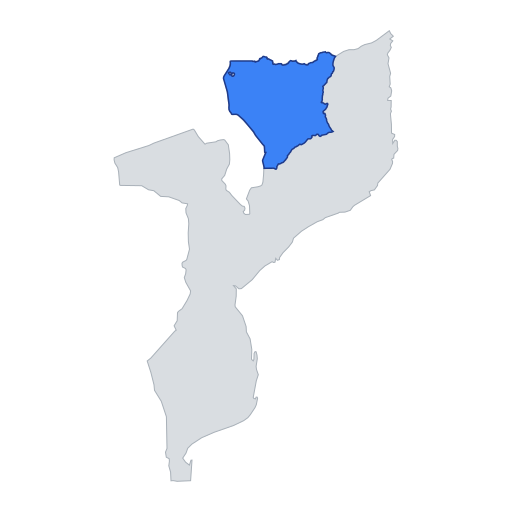 Niassa on a map of Mozambique (Albers equal-area conic projection)
{"feature_id": "MOZ-1199", "entity_name": "Niassa", "entity_type": "Province", "adm_level": 1, "iso_a3": "MOZ", "parent_name": "Mozambique", "parent_adm1": "", "projection": "albers", "projection_center": [37.064, -13.372], "detail": "fine", "context": "in_parent", "style": "filled", "palette": "blue", "viewbox_px": 512, "rotation_deg": 0, "n_neighbors": 0, "source": "natural_earth", "source_scale": "10m", "svg_char_len": 9234}
<svg xmlns="http://www.w3.org/2000/svg" viewBox="0 0 512 512"><path d="M147.2,361.0L150.8,358.1L174.7,331.2L176.2,330.2L174.1,325.8L177.2,320.7L177.5,312.7L178.4,311.4L182.1,308.7L187.1,300.4L190.2,293.9L190.6,290.9L185.8,282.3L184.3,277.6L185.7,273.6L186.1,269.8L185.5,268.5L182.5,267.0L182.1,265.3L182.0,263.3L182.6,262.2L186.1,260.4L186.8,259.4L189.5,249.2L188.4,241.6L188.2,232.8L188.8,223.8L188.4,218.7L186.0,212.8L185.8,208.5L187.3,205.5L187.6,203.8L182.1,202.9L179.2,200.5L168.7,196.8L160.7,196.4L153.8,190.7L148.6,189.8L141.7,185.7L120.5,185.4L119.7,185.0L118.6,171.9L117.7,167.6L114.9,163.1L114.1,159.9L114.2,157.8L125.9,152.7L148.9,145.5L153.9,143.1L193.1,129.1L194.3,129.9L198.3,136.6L205.0,144.2L206.6,143.2L216.0,141.8L217.4,140.8L220.3,140.0L223.6,139.6L224.7,140.0L228.3,144.8L229.6,153.7L229.8,159.8L229.4,164.1L226.7,169.1L224.7,175.4L221.7,178.9L221.8,180.5L225.3,184.2L226.0,185.8L225.8,189.1L226.4,190.4L229.4,192.3L231.7,195.4L240.3,204.4L242.4,206.1L244.2,206.4L245.0,208.2L244.6,210.3L243.2,211.5L243.8,213.2L245.4,214.5L249.3,214.3L249.8,213.7L249.5,205.7L248.1,201.0L246.4,198.9L249.7,190.2L251.4,187.8L257.8,186.8L260.7,185.9L262.0,184.9L262.9,182.1L263.6,174.4L263.9,167.2L263.2,163.0L264.1,156.6L265.5,152.6L264.8,151.8L264.2,146.5L248.0,125.2L238.8,115.7L237.3,114.7L232.2,114.0L229.5,110.5L227.1,91.4L223.6,77.5L228.8,68.3L230.5,62.4L231.6,61.5L236.1,61.1L252.2,61.2L256.1,61.7L257.9,61.1L262.1,57.5L265.5,57.5L270.2,59.8L272.7,61.8L273.1,63.5L276.2,64.5L282.0,64.7L286.2,63.8L288.8,61.8L291.6,60.7L294.5,60.6L296.6,61.3L298.1,62.8L300.9,63.9L305.1,64.5L309.7,63.6L314.7,61.0L317.5,58.2L319.0,53.7L320.0,53.1L327.0,52.7L330.7,53.6L335.5,56.4L343.7,51.4L349.0,49.7L354.0,49.7L358.1,48.6L361.3,46.2L364.7,44.6L371.6,42.9L376.3,40.4L389.3,30.7L390.7,33.6L393.3,36.2L389.8,39.0L392.8,40.9L390.6,43.6L390.3,45.5L391.3,47.4L389.8,50.5L387.9,52.9L387.3,54.7L389.0,57.9L388.0,63.7L390.6,73.3L389.7,76.5L390.2,84.1L389.2,86.8L390.8,87.8L391.7,90.8L390.8,96.0L388.0,98.2L387.6,100.4L391.2,100.5L391.1,107.1L390.6,109.0L391.4,111.2L390.4,113.7L391.4,124.3L391.5,131.9L391.6,133.2L394.7,134.5L394.6,136.6L392.6,139.4L392.7,143.5L394.9,140.2L396.2,140.3L397.3,141.6L397.3,146.2L397.9,148.5L397.6,150.5L394.0,154.3L393.7,158.1L392.3,158.5L391.7,159.4L392.6,161.6L392.5,163.4L390.0,169.3L377.8,183.1L377.5,185.5L374.4,189.9L371.1,190.6L369.2,191.7L370.6,195.6L354.5,205.3L352.9,206.7L350.3,210.3L345.0,212.1L339.3,212.3L338.3,213.1L325.4,217.6L322.8,219.7L317.3,221.7L308.6,226.6L301.5,231.2L293.5,238.2L292.4,242.0L288.7,246.9L283.0,252.7L279.6,257.5L279.4,259.6L277.4,260.3L275.7,258.3L275.0,262.2L273.6,262.5L272.1,261.7L265.0,265.9L259.7,270.6L252.2,279.7L241.4,288.6L238.9,288.8L235.4,285.8L233.5,285.6L236.3,288.9L236.2,296.2L235.0,304.9L235.2,306.8L242.5,315.8L246.1,326.5L246.4,331.9L250.1,338.9L251.8,349.5L251.5,359.3L253.2,360.9L253.9,359.4L254.1,353.3L255.1,351.6L256.1,351.8L257.0,355.2L257.3,358.7L256.1,366.4L256.5,369.5L258.3,374.7L256.3,380.8L253.2,397.5L253.9,398.5L255.5,398.9L256.1,397.1L257.1,397.1L257.6,398.2L256.3,404.7L255.0,407.6L250.3,414.7L247.8,417.7L243.6,420.7L233.8,425.4L214.1,432.3L201.7,437.7L191.9,444.1L187.7,448.3L186.0,453.1L182.7,458.1L185.6,462.2L189.4,465.1L191.0,460.2L192.0,460.1L190.6,480.7L177.1,481.3L173.2,480.6L171.0,480.8L170.6,472.2L168.8,465.8L169.4,461.2L169.2,458.7L166.3,457.2L165.5,452.2L167.0,448.4L166.4,416.7L161.3,401.3L154.5,390.3L154.0,384.8L150.9,372.5L147.2,361.0ZM232.4,76.1L234.1,75.3L234.3,73.7L233.2,72.9L232.3,73.1L231.8,75.6L232.4,76.1ZM231.2,73.2L229.9,72.1L228.9,72.4L228.5,73.4L229.6,74.7L230.7,74.7L231.2,73.2Z" fill="#d9dde1" stroke="#a8b0b8" stroke-width="1"/><path d="M325.3,51.8L325.5,52.2L325.8,52.3L326.4,52.7L326.7,52.8L327.0,52.7L327.6,52.5L327.9,52.4L329.1,52.6L330.1,53.3L331.6,54.9L332.5,55.4L334.7,56.0L335.5,56.4L334.5,57.9L334.3,58.1L334.1,59.0L333.8,59.8L333.6,60.6L333.4,60.9L333.4,61.1L333.2,62.0L333.0,62.8L332.9,64.8L332.9,65.0L333.0,65.6L333.2,65.9L333.5,66.5L333.7,66.8L334.1,67.5L334.2,68.2L334.0,69.6L333.8,70.2L333.6,71.0L333.2,71.5L332.8,71.7L332.8,71.8L332.7,72.0L332.6,72.6L332.3,73.2L332.1,73.4L331.5,73.7L331.4,74.0L331.3,74.4L331.2,75.3L331.1,75.8L331.0,76.0L330.1,76.8L329.7,77.0L329.1,77.3L328.9,77.5L328.6,77.9L328.2,78.3L327.7,78.5L327.5,79.2L327.1,80.2L327.0,80.7L326.8,82.4L326.7,82.6L326.5,82.8L326.1,83.0L325.8,83.3L325.3,84.0L324.5,84.7L324.0,85.4L323.8,85.6L323.4,85.9L322.9,86.2L322.8,86.3L322.8,86.6L323.1,87.1L323.2,87.4L323.3,87.8L323.3,88.3L323.2,88.8L323.1,89.1L322.8,90.4L322.9,90.8L323.1,91.3L323.2,92.5L322.8,93.4L322.8,93.5L322.7,93.7L322.8,94.5L322.8,94.9L322.6,95.1L322.5,95.3L322.4,95.5L322.4,95.8L322.4,96.3L322.3,97.0L322.3,97.8L322.2,98.3L322.2,98.5L322.3,99.5L322.3,99.8L322.1,100.2L322.1,100.9L322.1,101.1L321.9,101.4L321.3,102.1L321.3,102.4L321.5,102.6L323.0,102.9L323.6,103.1L323.8,103.3L324.1,103.6L324.3,103.8L324.8,104.0L325.5,104.2L326.6,103.5L326.9,103.4L327.2,103.4L327.5,103.4L327.6,103.5L327.8,104.5L327.7,104.7L327.7,104.8L327.4,105.1L327.3,105.3L327.3,105.9L327.1,106.2L327.1,106.7L327.0,107.0L326.8,107.3L326.6,107.7L326.5,107.8L326.2,108.1L326.1,108.3L325.9,108.8L325.8,109.0L325.1,109.7L324.8,109.9L324.3,110.4L323.7,110.8L323.2,111.4L323.1,111.6L323.1,111.9L323.3,113.1L323.4,113.3L323.5,113.4L323.7,113.6L323.9,113.6L324.1,113.6L324.4,113.4L324.7,113.3L324.8,113.4L325.0,113.6L325.1,114.3L325.3,114.7L325.5,115.0L325.5,115.6L325.3,116.6L325.3,116.9L325.4,117.1L325.8,117.7L326.2,118.3L326.3,118.6L326.5,119.2L326.6,119.5L326.5,120.1L326.6,120.4L326.7,121.0L327.6,123.1L327.7,123.3L328.1,123.7L328.4,124.1L328.7,124.8L328.8,125.1L328.8,125.5L329.2,126.1L329.4,126.7L331.0,129.0L331.1,129.3L331.2,129.6L331.5,130.1L333.1,131.5L332.3,131.9L331.3,132.2L328.9,132.4L327.9,133.0L326.9,133.9L326.4,134.3L321.9,135.2L321.6,135.3L321.5,135.6L321.0,136.0L320.6,136.2L320.1,136.4L319.2,135.9L318.6,135.0L318.0,134.3L316.8,134.3L316.4,134.6L315.7,135.4L315.3,135.6L313.2,135.4L312.6,135.4L312.1,135.7L311.7,136.1L312.0,136.6L312.0,137.1L311.5,137.8L310.9,138.5L310.4,138.8L308.3,138.8L307.9,139.0L306.9,140.1L305.9,141.4L305.1,142.3L304.2,143.1L301.5,144.6L301.0,144.7L300.3,144.3L299.9,144.3L299.6,144.3L299.4,144.5L297.6,146.0L297.1,146.2L296.8,146.2L296.6,146.4L296.1,146.8L295.8,146.9L295.3,147.0L295.0,147.1L294.7,147.4L293.9,148.3L293.7,148.5L292.1,149.3L291.4,150.3L291.0,151.1L290.6,151.9L289.4,153.2L289.2,153.5L288.8,154.3L287.4,155.7L287.5,156.8L287.4,157.2L286.3,158.9L286.1,159.1L285.7,159.4L285.6,159.6L285.5,160.0L285.3,160.1L285.0,160.4L283.5,162.1L282.7,162.6L282.4,162.7L281.9,162.7L281.7,162.8L280.6,163.6L280.1,163.7L279.5,164.0L279.2,164.0L278.6,163.9L278.4,163.9L278.3,164.0L278.2,164.1L277.5,165.6L276.9,166.4L276.8,166.5L276.8,166.8L276.9,167.4L276.8,168.0L276.7,168.2L276.6,168.5L276.3,169.0L276.0,169.2L275.8,169.2L275.7,169.2L275.2,168.9L274.6,168.7L274.1,168.3L273.6,168.2L264.1,168.3L264.1,167.2L262.6,161.0L262.6,160.4L262.8,159.7L265.8,152.5L265.2,152.5L264.8,152.4L264.7,152.2L264.4,146.4L264.2,145.9L263.9,145.5L262.6,144.2L255.5,135.3L253.6,131.8L243.6,119.9L238.4,115.3L237.6,114.7L236.7,114.4L235.8,114.3L232.3,114.4L231.9,114.3L231.6,114.1L231.5,113.9L231.4,113.6L230.8,112.6L230.5,112.2L229.9,111.6L229.0,109.6L228.9,107.3L229.1,105.0L227.4,91.9L223.5,78.5L223.6,77.2L224.2,75.8L229.1,68.2L230.2,65.5L230.3,64.4L230.4,63.3L230.2,62.1L230.2,61.6L230.4,61.2L231.4,61.0L251.2,61.0L252.3,61.0L252.5,61.3L252.8,61.4L253.6,61.4L254.2,61.1L254.3,61.1L254.6,61.3L254.7,61.5L254.8,61.7L254.9,61.9L255.2,62.0L255.3,61.5L255.6,61.5L256.0,61.6L256.5,61.7L257.1,61.4L258.6,61.0L258.8,60.8L259.0,60.2L259.3,59.9L259.6,59.5L259.9,59.3L259.7,58.7L260.2,58.4L261.5,58.1L262.0,57.7L262.8,56.7L263.2,56.4L264.3,56.6L265.3,57.0L266.3,57.0L266.6,57.1L267.1,57.7L266.9,58.3L267.1,58.8L267.6,59.1L268.1,59.0L268.5,58.9L269.1,59.2L270.1,59.8L270.3,59.9L270.9,60.1L271.2,60.2L271.8,60.7L272.0,60.7L272.5,60.9L272.6,61.5L272.7,62.1L272.9,62.6L272.7,63.0L272.8,63.6L273.0,64.1L273.4,64.3L274.5,64.1L274.8,64.2L275.2,64.4L275.5,64.5L275.9,64.5L276.9,64.2L277.7,64.1L278.1,63.8L278.2,63.7L281.3,63.7L281.6,63.9L281.7,64.5L281.9,64.7L282.7,65.1L283.2,65.1L284.9,64.8L285.3,64.7L286.0,64.6L286.4,64.3L286.6,64.1L287.6,63.7L287.9,63.6L288.2,63.3L288.9,62.2L290.2,60.8L290.6,60.6L290.9,60.7L291.4,60.8L292.1,61.2L292.5,61.3L295.0,61.1L295.2,60.9L295.9,60.5L296.2,61.4L297.0,62.3L297.9,63.1L298.9,63.5L301.2,64.1L302.4,64.2L303.3,64.1L304.0,63.7L304.3,63.7L304.6,63.9L305.1,64.4L305.3,64.5L306.6,64.9L307.2,64.9L307.8,64.8L307.9,64.7L308.2,64.5L308.5,63.8L308.7,63.5L309.0,63.4L309.6,63.2L310.6,62.7L311.1,62.6L312.0,62.6L312.6,62.5L313.1,62.2L314.3,61.2L316.3,60.4L316.8,60.0L317.2,59.7L317.4,59.3L317.3,59.0L317.2,58.6L317.1,58.3L317.2,57.6L317.9,56.5L317.8,56.0L318.1,55.6L318.5,54.4L318.6,54.0L318.8,53.7L320.5,52.8L320.9,52.7L322.0,52.6L322.3,52.5L322.5,52.3L324.1,52.0L324.9,52.0L325.0,51.9L325.3,51.8ZM232.5,76.3L233.2,76.2L233.7,75.9L234.1,75.3L234.4,74.6L234.5,73.9L234.3,73.4L233.8,73.1L233.2,72.9L232.7,72.9L232.3,73.1L231.8,74.3L231.6,75.0L231.7,75.5L232.0,76.1L232.5,76.3ZM229.1,72.3L228.5,72.7L228.6,73.2L229.3,74.0L229.7,74.5L230.0,74.9L230.4,74.9L231.0,74.3L231.2,73.4L230.8,72.5L230.1,72.1L229.1,72.3Z" fill="#3b82f6" stroke="#1e3a8a" stroke-width="1.5"/></svg>